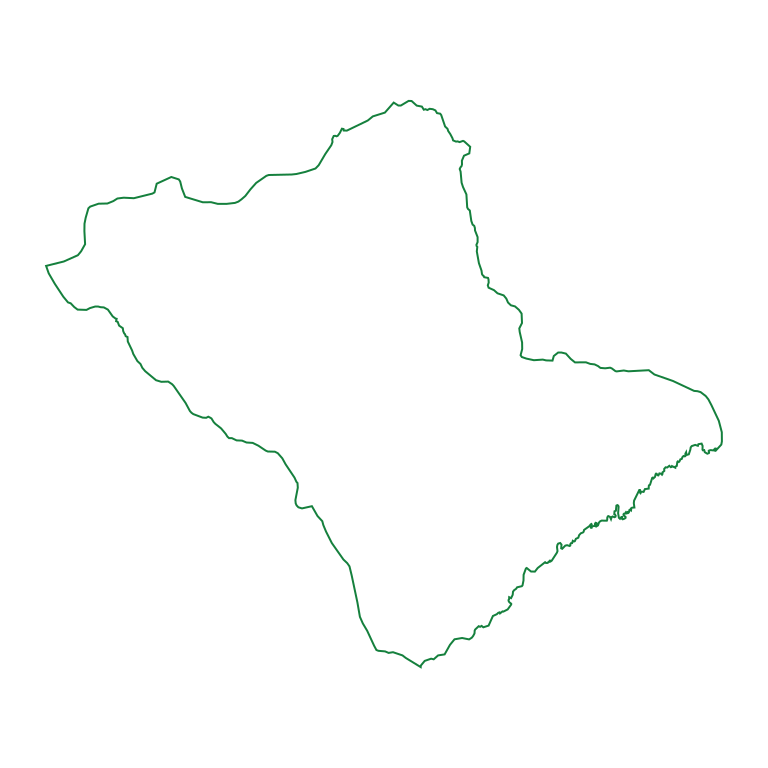 Khua, Phôngsali, Laos (Equal Earth projection)
{"feature_id": "54806243B94701864875759", "entity_name": "Khua", "entity_type": "district", "adm_level": 2, "iso_a3": "LAO", "parent_name": "Laos", "parent_adm1": "Phôngsali", "projection": "equal_earth", "projection_center": [102.473, 21.051], "detail": "fine", "context": "isolated", "style": "outline", "palette": "green", "viewbox_px": 768, "rotation_deg": 0, "n_neighbors": 0, "source": "geoboundaries", "source_scale": "gbopen_adm2", "svg_char_len": 6104}
<svg xmlns="http://www.w3.org/2000/svg" viewBox="0 0 768 768"><path d="M46.1,265.9L48.7,273.3L54.8,283.8L63.3,296.7L68.0,302.4L70.7,303.3L74.2,307.0L77.6,309.6L86.5,309.9L89.9,308.1L95.3,306.5L98.0,306.5L100.6,307.2L103.8,307.4L107.9,309.6L112.7,316.4L115.6,318.6L116.6,318.8L116.1,321.2L117.7,321.9L119.1,325.6L122.8,328.2L123.2,331.1L124.2,333.4L125.0,334.2L125.7,336.2L127.5,337.0L127.8,341.5L132.1,350.5L133.3,354.0L137.4,361.1L140.5,364.0L142.3,367.8L145.2,371.2L156.0,380.2L161.3,381.8L168.2,381.6L172.1,384.2L173.7,385.9L185.6,403.0L189.9,411.0L191.4,412.7L193.3,414.1L202.6,417.6L206.2,417.8L208.3,416.7L210.6,417.9L211.5,418.5L213.7,422.1L215.4,423.9L221.1,428.4L225.7,433.9L227.4,436.6L229.0,438.1L231.8,438.1L236.6,440.4L242.0,440.6L246.5,442.5L252.7,442.9L258.4,445.7L265.7,450.6L267.8,451.5L274.9,451.7L277.8,453.2L282.3,458.3L285.6,464.3L294.5,477.6L296.4,481.8L297.5,483.0L297.8,487.7L295.4,500.1L295.7,503.4L296.6,505.4L298.4,507.3L302.0,508.4L311.9,506.2L317.5,516.0L322.3,521.2L323.3,525.0L326.0,531.5L331.8,543.0L343.4,559.5L347.2,563.1L349.5,566.4L351.7,575.5L357.4,602.4L359.9,616.8L362.8,623.4L367.2,630.8L374.1,645.7L376.4,650.0L378.4,650.8L385.1,651.4L388.6,652.9L393.0,652.2L402.5,655.4L405.7,657.9L420.7,667.1L420.8,665.6L424.7,660.9L431.1,658.7L433.7,659.3L438.1,655.4L444.6,654.4L450.0,644.8L454.5,639.3L462.1,638.0L469.1,639.4L471.8,637.7L473.2,635.9L474.5,633.4L474.7,630.5L475.2,629.5L478.7,626.2L480.1,626.8L481.6,625.9L483.3,627.3L488.6,625.6L492.9,616.0L496.8,614.2L498.3,612.8L499.5,612.4L500.0,613.4L502.5,611.4L503.4,611.6L507.7,609.4L511.2,604.5L511.2,603.7L509.4,602.3L508.7,601.2L508.5,600.1L509.1,599.2L509.2,597.2L511.1,598.1L512.7,594.8L513.0,591.7L514.0,590.3L516.2,588.7L517.1,587.3L521.8,586.2L522.5,585.4L523.5,580.5L523.6,574.8L525.9,568.5L526.7,568.0L531.0,571.5L534.9,571.6L537.7,568.0L545.1,562.2L546.0,563.0L547.7,562.9L548.5,561.9L549.2,561.9L549.7,560.7L550.3,560.7L550.7,561.4L551.7,560.7L556.9,552.7L557.5,551.1L557.0,547.0L557.4,544.9L558.2,543.6L560.2,543.0L561.5,544.6L561.2,548.3L562.2,548.8L565.3,545.6L567.1,545.2L569.7,546.0L570.3,545.5L570.3,544.2L571.0,543.2L572.1,543.1L572.8,540.8L574.0,541.5L574.8,541.2L575.9,538.8L578.3,537.7L579.1,535.2L580.8,533.3L582.9,532.5L583.6,531.8L584.1,529.9L589.3,526.2L590.7,524.4L591.4,524.0L591.7,524.5L590.7,526.8L590.9,527.7L591.6,527.8L592.2,526.2L594.9,526.0L594.9,523.9L595.6,522.8L596.6,523.1L596.9,523.9L596.1,525.0L595.9,525.9L596.2,526.5L598.0,525.4L599.0,522.5L600.0,521.4L601.6,520.6L606.8,520.7L607.2,519.8L607.3,517.6L607.8,516.4L608.3,516.1L610.0,516.9L611.0,519.2L611.7,517.0L612.6,516.5L614.4,517.2L615.4,516.8L615.7,515.8L615.0,514.5L614.3,514.2L614.5,511.3L615.9,510.7L616.4,505.6L617.3,505.1L618.2,505.6L618.6,506.8L618.1,513.2L618.9,517.8L620.0,518.8L621.4,517.0L622.1,516.9L622.0,518.8L622.7,519.3L624.6,518.6L625.6,517.8L625.5,516.8L623.8,515.5L623.5,514.3L624.0,513.7L626.0,513.5L625.7,512.5L626.0,512.1L627.1,513.2L627.9,513.1L627.9,512.0L628.9,512.2L629.4,510.0L630.0,509.7L631.0,510.5L631.2,509.7L630.9,508.5L632.0,507.7L634.4,507.5L633.8,503.1L634.1,500.6L639.3,490.0L639.9,490.0L640.2,492.9L640.5,493.2L641.3,491.6L643.6,491.9L644.9,489.1L648.7,488.6L648.8,485.8L649.2,485.1L650.0,484.8L652.2,477.9L652.8,477.6L653.4,478.4L655.0,476.9L655.6,474.2L656.1,473.6L656.7,473.8L657.5,475.2L658.4,475.4L659.4,473.4L661.0,473.7L662.0,474.7L662.5,473.9L662.5,472.4L664.3,470.9L664.2,468.9L664.9,468.1L665.6,467.3L667.2,467.5L669.3,465.8L670.8,467.2L671.7,466.9L672.0,466.1L675.3,467.7L675.4,466.6L676.8,465.9L677.3,462.0L677.8,461.4L678.8,462.0L679.4,461.5L680.4,459.3L681.7,459.0L682.5,457.0L683.5,456.0L684.8,456.4L685.4,456.0L685.4,453.6L686.1,452.3L686.4,454.5L686.9,454.9L688.8,454.3L690.3,449.8L690.7,447.4L691.7,446.1L695.2,444.9L697.9,445.8L698.4,444.2L701.6,443.6L702.6,445.9L702.5,449.7L702.9,450.3L704.2,450.1L704.8,452.2L707.3,453.7L708.9,453.1L709.1,452.6L708.7,450.9L709.1,450.5L710.7,450.1L713.2,450.4L715.2,448.5L715.7,448.6L715.1,450.7L715.6,450.8L721.3,444.6L721.9,441.4L721.8,432.2L718.8,420.8L711.4,405.1L708.4,399.4L705.8,396.1L700.6,392.1L697.5,391.2L694.1,390.9L673.0,381.0L654.4,374.5L648.8,370.2L628.4,371.3L623.8,370.5L616.7,371.4L615.4,371.1L611.8,368.4L610.1,367.7L605.2,368.3L600.4,367.9L598.1,366.1L594.6,364.4L590.2,363.9L585.9,362.3L575.0,362.4L570.7,358.9L565.9,353.6L561.3,352.5L558.2,352.5L553.8,356.0L552.5,360.6L546.1,360.4L542.8,359.6L533.9,360.2L526.4,358.6L521.8,357.0L520.6,355.2L522.2,349.0L522.1,342.5L519.7,331.9L519.3,328.4L522.0,323.0L521.6,313.6L518.9,309.8L515.0,306.4L510.9,305.3L508.0,302.5L506.3,298.6L503.7,295.4L497.5,293.3L493.9,290.1L488.6,287.7L487.8,285.3L488.7,282.6L488.5,279.3L488.0,277.9L484.2,277.2L483.7,276.0L482.8,275.4L482.0,274.1L481.5,270.6L478.9,263.1L476.8,251.4L477.3,246.9L476.7,246.2L476.4,244.9L477.6,242.1L477.6,237.1L475.0,230.4L474.9,228.0L474.2,225.8L472.6,224.6L471.3,220.9L469.8,210.5L467.9,208.8L467.2,207.3L466.4,194.4L463.0,187.0L461.6,182.7L460.6,171.6L459.7,169.0L460.5,167.3L461.5,166.2L462.0,164.4L461.9,160.7L464.0,155.7L469.3,153.4L470.2,146.8L464.2,141.4L463.0,140.9L459.6,142.1L457.6,141.4L456.0,141.6L453.1,140.4L452.5,138.3L450.3,134.1L448.2,131.0L447.5,128.8L445.1,126.5L441.2,115.0L440.2,113.7L437.0,113.1L435.4,110.4L432.8,109.2L429.6,108.8L427.4,110.0L425.4,109.2L423.8,109.7L421.9,106.6L416.7,105.6L411.6,101.0L408.6,100.9L400.9,105.5L398.3,105.5L393.7,102.6L384.9,112.6L372.8,116.4L367.8,120.5L346.9,130.6L343.7,130.5L343.5,129.0L341.9,128.7L339.9,132.8L337.7,135.8L336.6,136.3L335.1,135.8L333.7,136.0L332.2,139.2L332.5,142.0L331.3,145.2L325.3,154.0L318.7,165.2L315.5,168.5L305.4,171.9L296.4,174.0L291.7,174.5L268.8,175.0L266.4,175.8L256.2,182.9L250.4,189.4L245.3,196.0L241.5,199.3L238.4,201.6L235.0,202.9L226.3,203.9L217.9,203.9L211.1,202.2L202.9,202.3L185.2,196.9L181.9,188.4L180.2,181.5L178.8,179.4L171.3,177.0L156.7,183.7L154.5,192.4L152.4,193.6L133.9,198.2L123.7,197.7L117.4,198.5L113.3,201.1L107.4,203.5L98.6,203.7L90.2,206.6L88.4,208.3L85.7,217.7L84.5,223.7L84.4,231.1L85.1,244.2L81.1,251.3L77.9,255.2L63.8,261.5L46.1,265.9Z" fill="none" stroke="#15803d" stroke-width="2"/></svg>